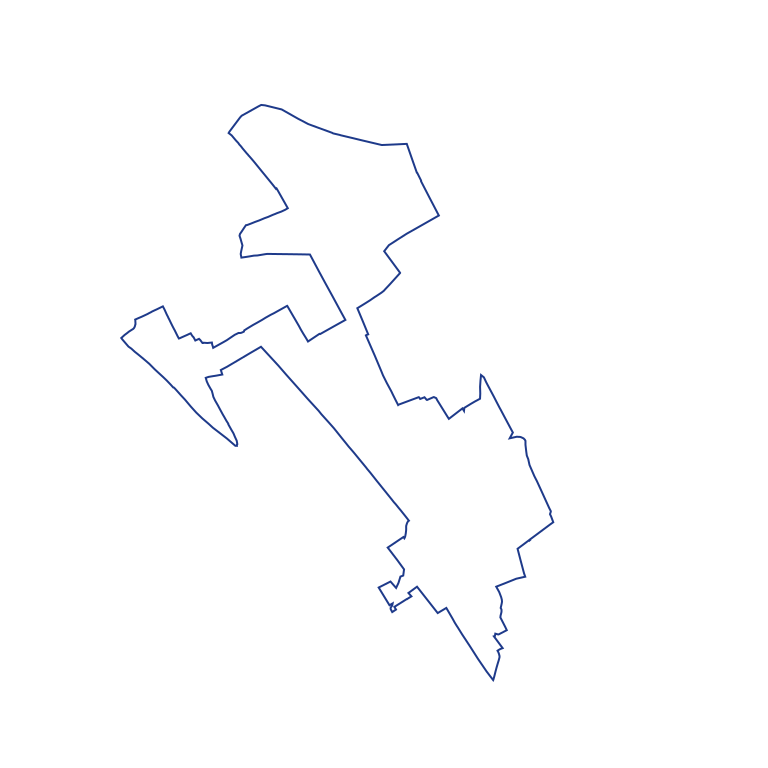 Cuautitlán, México, Mexico, rotated 320°
{"feature_id": "50627088B95274717279759", "entity_name": "Cuautitlán", "entity_type": "district", "adm_level": 2, "iso_a3": "MEX", "parent_name": "Mexico", "parent_adm1": "México", "projection": "robinson", "projection_center": [-99.166, 19.705], "detail": "fine", "context": "isolated", "style": "outline", "palette": "blue", "viewbox_px": 768, "rotation_deg": 320, "n_neighbors": 0, "source": "geoboundaries", "source_scale": "gbopen_adm2", "svg_char_len": 6121}
<svg xmlns="http://www.w3.org/2000/svg" viewBox="0 0 768 768"><g transform="rotate(320 384 384)"><path d="M231.6,336.8L232.0,336.2L232.6,335.8L232.9,335.8L233.5,334.9L234.7,332.8L235.3,330.6L235.9,328.4L236.8,325.6L237.1,324.3L237.6,321.2L238.1,318.6L238.8,314.8L239.2,314.3L239.6,311.0L240.2,307.8L240.5,306.2L240.9,303.8L242.0,298.4L242.5,296.0L243.0,293.7L244.0,288.1L245.0,284.2L246.4,281.4L247.7,278.6L248.1,276.0L248.9,271.7L249.9,268.1L251.4,264.7L254.2,265.8L257.6,267.8L260.9,269.8L266.2,272.8L268.0,268.4L274.8,269.9L279.7,270.7L300.9,274.2L313.7,276.4L314.9,302.0L315.1,314.2L315.6,331.1L316.0,346.4L316.2,351.1L316.7,362.5L316.6,366.9L317.0,378.1L317.2,385.7L316.9,398.9L316.8,405.1L316.7,409.1L316.8,415.6L316.8,418.4L316.7,425.8L316.6,436.9L316.5,437.8L316.5,443.3L316.2,453.3L315.8,473.3L315.7,477.9L315.6,480.8L315.7,483.8L315.6,488.1L315.6,490.5L315.6,491.7L315.5,495.2L315.5,495.9L315.4,499.7L315.3,502.6L315.2,504.2L315.2,504.7L314.3,504.6L313.1,505.0L312.0,505.5L311.1,506.1L310.0,506.8L309.1,507.7L308.4,508.6L307.1,510.1L304.7,512.4L302.5,514.2L301.4,514.9L300.4,515.3L300.5,513.7L281.7,511.7L281.0,527.3L280.5,534.6L280.2,538.9L275.6,543.1L272.8,542.1L267.2,545.7L262.2,548.0L262.0,539.5L249.1,536.5L246.0,557.0L249.6,557.6L248.0,558.9L247.5,559.1L245.7,559.5L245.0,559.9L244.4,560.8L244.0,562.6L243.7,564.0L248.2,564.5L248.7,561.4L263.3,563.4L263.4,563.6L264.5,563.7L265.2,563.8L268.5,564.3L268.4,559.8L279.0,560.5L277.9,594.0L287.8,595.6L285.7,607.8L284.8,612.3L284.2,616.5L284.1,617.6L282.9,626.0L281.2,640.6L279.3,655.1L277.8,670.2L277.3,681.0L277.9,680.7L278.0,680.6L280.8,678.7L284.5,676.0L288.2,673.4L291.8,671.0L294.0,669.6L296.7,667.7L297.7,666.6L297.8,666.2L298.4,665.1L299.2,663.0L299.5,661.3L300.8,661.4L302.8,661.8L305.1,662.6L306.0,647.9L307.0,648.3L308.2,647.3L308.8,646.8L310.5,649.3L311.2,649.6L319.8,651.5L320.7,648.1L323.1,637.6L324.5,636.3L326.2,635.1L327.5,634.1L328.3,633.2L329.0,632.3L329.3,631.2L329.4,630.6L332.7,628.1L334.4,626.7L335.6,625.0L336.4,623.3L336.7,622.7L338.5,617.5L339.7,611.4L349.8,614.8L360.2,618.2L368.3,622.4L369.6,619.0L375.5,606.4L380.4,596.1L394.8,596.9L394.7,597.4L395.7,597.4L395.8,596.9L400.5,597.2L421.3,598.4L423.6,598.6L424.8,598.7L426.9,592.8L427.3,591.1L427.5,590.4L428.3,589.9L429.6,589.1L430.0,588.7L430.2,588.0L430.8,585.3L432.6,578.8L436.1,566.2L438.7,556.7L439.9,551.4L443.4,539.6L445.8,535.0L446.1,534.5L447.4,530.6L449.6,527.1L453.3,521.5L455.8,518.5L456.1,517.2L456.0,516.5L456.0,516.1L456.0,515.7L455.8,515.0L455.5,514.4L455.1,513.5L454.6,512.5L454.1,511.9L453.7,511.5L453.1,511.0L451.9,509.8L445.4,506.4L451.5,504.0L455.5,485.0L455.6,484.6L456.4,480.8L456.8,479.0L457.3,476.4L458.8,469.6L460.0,464.4L462.7,451.6L463.5,448.0L464.1,445.8L464.8,443.1L464.1,439.5L460.4,443.1L455.8,447.9L451.6,453.2L448.1,457.0L444.6,456.3L442.8,455.9L437.0,454.9L436.8,454.9L430.2,453.9L428.0,456.0L428.4,453.1L416.3,452.6L411.3,452.4L411.6,450.0L414.4,430.4L414.9,428.4L413.8,426.1L413.5,425.9L406.7,423.9L406.5,423.5L406.5,420.2L402.1,418.7L402.3,416.8L402.1,416.4L394.0,413.5L381.9,409.2L381.3,409.2L382.6,403.6L384.0,397.8L384.9,394.3L386.8,385.0L388.8,376.7L390.0,373.0L395.2,356.2L401.4,335.1L402.1,335.2L403.8,335.8L408.1,322.3L412.3,308.8L412.9,308.9L421.8,310.2L427.0,310.9L432.6,311.4L433.8,311.6L437.2,312.0L440.8,312.4L443.8,312.5L445.8,312.2L449.2,311.8L453.3,311.3L460.5,310.3L467.7,309.3L467.8,309.2L469.5,282.4L477.0,280.8L487.5,282.1L498.1,283.5L511.0,285.9L532.8,289.9L534.3,290.2L538.6,270.7L542.7,252.5L542.9,252.3L543.2,252.0L543.3,251.5L545.2,243.5L545.0,243.2L549.6,231.0L555.8,214.7L545.8,207.1L535.9,199.5L523.3,182.6L518.3,175.8L510.7,165.6L510.3,164.9L506.1,159.3L505.7,158.2L498.1,145.0L493.1,136.3L488.7,125.6L482.1,107.9L472.0,94.1L469.3,91.3L466.2,90.6L447.4,87.0L445.1,87.3L427.9,91.3L426.3,91.9L427.1,95.6L427.1,98.9L427.1,102.4L427.2,104.0L427.3,105.7L427.1,107.5L427.2,109.1L427.2,110.8L427.1,112.4L427.1,114.2L427.1,115.9L427.1,117.5L427.1,119.2L427.2,120.9L427.1,122.1L427.2,122.4L427.3,129.1L427.2,136.3L427.1,142.2L427.0,150.6L426.9,157.9L426.7,165.1L427.4,165.1L427.0,167.6L423.3,187.5L420.2,187.0L416.1,185.9L411.7,184.3L410.0,183.8L407.7,183.0L402.6,181.5L399.1,180.2L393.6,178.5L389.5,177.0L385.2,175.6L381.5,174.3L380.3,173.6L376.7,174.6L372.7,175.8L370.1,176.5L368.6,177.6L367.5,180.4L364.6,186.9L359.8,190.6L357.8,192.3L356.0,195.5L359.2,197.5L363.0,199.8L366.8,202.0L369.7,204.2L376.3,208.1L378.2,209.3L384.1,214.4L394.8,223.6L402.8,230.5L410.5,237.2L409.5,242.0L408.5,246.7L406.7,255.2L404.1,267.9L401.0,283.5L397.1,302.5L395.6,310.1L382.6,307.6L367.2,304.7L366.8,304.1L353.1,302.6L353.7,299.2L354.5,293.6L355.3,288.8L356.1,285.0L357.8,275.3L357.8,275.2L360.1,262.0L360.1,261.9L359.7,261.8L345.1,259.0L341.8,258.2L335.9,257.1L331.7,256.5L326.2,255.5L321.6,254.6L319.0,254.2L314.5,253.5L312.8,253.3L311.4,253.1L310.4,253.8L309.4,253.6L308.4,253.3L307.5,253.0L306.6,252.5L305.9,251.9L305.4,251.4L302.9,250.8L301.4,250.4L295.8,249.8L291.8,249.4L288.4,248.8L276.4,246.5L277.1,245.0L277.7,243.4L278.8,241.6L275.1,239.1L272.3,236.4L271.9,236.4L271.3,235.9L271.5,232.0L271.5,231.7L271.3,231.2L271.3,230.5L267.4,229.4L268.1,226.2L268.2,225.2L268.0,224.8L268.1,223.8L268.2,222.7L268.5,220.9L266.8,220.4L265.2,220.0L262.1,219.1L259.0,218.2L256.8,217.6L256.1,217.3L256.7,214.4L258.3,207.9L258.4,207.2L259.1,204.0L260.0,200.3L261.1,196.0L261.3,194.9L261.6,194.0L261.9,192.7L262.2,191.3L263.7,186.0L264.5,182.4L257.7,180.7L255.2,180.0L254.4,179.8L253.3,179.5L252.9,179.4L251.6,179.2L250.4,178.9L248.6,178.5L248.3,178.5L244.5,177.5L241.2,176.6L238.3,175.7L234.8,174.7L234.5,175.3L233.4,176.7L232.9,177.4L232.0,178.5L231.7,178.6L230.5,179.5L229.4,180.1L228.6,180.4L227.4,180.6L225.3,180.3L222.1,179.9L220.3,179.9L216.8,179.7L212.3,179.9L212.2,181.8L212.3,191.1L213.2,194.5L213.8,199.1L214.6,203.0L216.0,210.6L217.2,217.9L217.4,220.5L217.8,225.3L218.4,230.1L219.3,236.9L219.8,241.6L220.2,247.7L220.3,251.1L220.7,251.5L220.9,253.0L221.0,255.6L221.2,262.2L221.5,268.0L221.5,277.0L221.8,285.2L222.7,293.5L224.0,301.4L224.8,307.4L228.6,324.7L230.4,335.8L231.6,336.8Z" fill="none" stroke="#1e3a8a" stroke-width="2"/></g></svg>